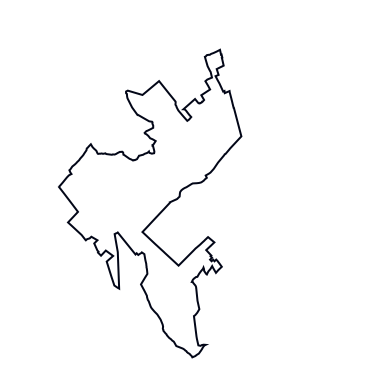 the district of Sacalum, Yucatán, Mexico, rotated 224°
{"feature_id": "50627088B66414175482528", "entity_name": "Sacalum", "entity_type": "district", "adm_level": 2, "iso_a3": "MEX", "parent_name": "Mexico", "parent_adm1": "Yucatán", "projection": "robinson", "projection_center": [-89.63, 20.506], "detail": "fine", "context": "isolated", "style": "outline", "palette": "ink", "viewbox_px": 384, "rotation_deg": 224, "n_neighbors": 0, "source": "geoboundaries", "source_scale": "gbopen_adm2", "svg_char_len": 5276}
<svg xmlns="http://www.w3.org/2000/svg" viewBox="0 0 384 384"><g transform="rotate(224 192 192)"><path d="M76.0,91.5L77.6,90.2L78.0,89.6L78.6,88.7L79.0,87.3L79.4,87.0L80.9,86.1L86.5,89.8L88.4,91.2L103.4,103.3L104.4,104.1L104.1,105.6L104.3,108.2L104.3,108.6L105.0,111.6L105.2,112.4L105.3,112.8L112.5,117.6L122.2,125.8L122.3,125.8L122.7,126.2L123.1,126.5L123.7,126.8L124.6,127.1L127.7,127.4L128.9,127.8L129.6,127.2L130.2,128.9L130.4,129.7L130.4,131.3L130.0,133.7L129.2,134.7L130.1,138.2L130.5,141.1L130.7,144.0L130.8,144.6L131.2,145.6L129.8,144.9L128.5,143.7L125.4,143.0L124.6,142.9L124.0,143.0L124.9,145.7L125.1,146.8L125.2,149.2L126.0,152.7L124.9,152.3L124.7,152.2L118.6,150.5L118.8,154.1L118.6,158.9L123.0,159.7L125.1,160.0L125.3,160.1L125.5,160.1L127.6,160.2L127.7,157.8L129.7,158.0L129.8,155.8L132.0,155.9L131.9,158.6L134.0,158.7L133.9,159.7L135.8,159.8L137.8,159.9L141.4,160.1L141.4,160.3L140.9,171.3L149.1,170.7L149.2,169.5L149.2,168.4L149.3,166.9L149.3,165.8L149.3,165.2L149.4,164.0L149.5,162.2L149.6,159.8L149.6,159.7L150.2,153.8L150.2,150.7L150.5,129.7L155.8,129.6L168.9,129.3L170.8,129.3L182.6,129.0L199.8,128.8L200.1,147.1L200.4,169.6L200.6,169.6L197.8,176.7L197.8,177.0L197.8,178.1L197.8,178.6L197.7,180.1L199.8,182.7L200.5,183.8L200.8,185.8L200.6,187.6L200.4,188.5L200.0,189.9L199.3,191.6L197.8,197.6L197.4,198.7L194.7,201.6L193.2,203.4L192.1,205.2L191.8,206.3L191.4,208.5L191.5,209.9L191.2,212.5L193.6,213.4L192.6,216.8L192.2,218.8L192.4,223.8L193.7,231.3L194.4,240.9L194.7,241.9L194.3,242.6L194.7,248.9L194.8,249.3L195.1,265.9L195.1,266.0L195.1,266.3L220.1,281.5L220.2,281.3L220.3,281.3L220.6,281.5L221.0,281.8L221.4,282.0L221.9,282.3L222.3,282.6L222.7,282.8L223.1,283.1L223.6,283.4L224.0,283.6L224.4,283.9L224.9,284.2L225.3,284.5L225.7,284.7L226.1,285.0L226.6,285.3L227.1,285.6L227.4,285.8L228.1,286.2L228.2,286.3L232.6,289.0L233.8,289.7L235.1,290.7L237.1,285.9L238.8,287.2L239.3,285.9L247.5,289.1L251.4,290.3L255.5,291.7L254.2,294.7L259.6,297.6L257.0,304.9L262.2,308.3L263.7,309.2L263.5,309.7L266.2,311.4L266.4,310.9L270.6,313.7L271.7,310.4L273.1,306.8L274.2,304.6L274.5,303.0L275.2,302.4L275.6,301.8L276.2,301.1L276.4,300.5L276.3,300.0L276.3,299.0L276.6,298.2L274.4,296.9L268.1,293.3L263.2,291.6L262.2,291.4L261.8,291.2L257.1,288.2L259.1,283.5L259.3,281.0L254.2,279.6L250.2,278.3L252.5,268.1L247.2,266.6L247.1,264.5L247.2,263.5L247.4,263.5L247.3,262.9L247.7,261.8L247.9,261.7L247.8,261.4L248.3,260.7L249.4,260.4L254.4,261.0L255.6,245.6L254.8,246.3L252.9,246.4L250.4,246.0L247.7,245.6L244.6,245.4L244.4,242.1L244.8,239.9L250.9,240.4L258.1,241.1L258.4,241.2L259.0,241.3L261.9,242.3L262.9,242.9L264.5,243.3L266.3,245.4L266.7,245.6L274.9,246.6L275.0,246.6L292.7,248.9L295.0,227.4L308.6,220.3L309.2,218.5L308.1,217.3L307.3,217.2L306.9,217.3L305.0,215.6L303.5,214.6L293.8,211.2L285.0,209.6L285.0,209.8L280.3,211.0L280.2,211.0L271.9,213.1L269.5,214.8L268.8,214.7L268.0,213.7L266.0,212.8L264.5,211.2L265.1,209.3L266.6,205.1L267.1,204.2L267.1,203.4L267.1,201.6L266.3,201.4L264.8,201.9L262.3,202.0L259.4,201.6L257.4,202.4L256.1,202.8L253.9,203.3L253.5,203.4L252.7,199.2L253.1,198.4L252.4,197.7L252.0,197.9L251.8,197.9L248.4,195.8L247.0,194.8L246.2,193.6L247.5,191.7L249.6,190.7L249.8,190.7L250.5,190.8L251.1,191.2L251.2,189.4L252.0,187.7L252.5,186.8L252.8,185.8L252.9,185.1L254.9,181.8L255.3,181.3L255.0,180.2L254.7,178.7L254.5,178.2L254.4,177.4L255.3,175.1L255.6,175.0L256.0,174.7L256.3,173.7L258.1,173.3L260.0,172.5L266.5,171.5L267.2,171.2L269.0,172.6L270.3,172.4L270.7,171.7L271.7,170.8L271.9,170.3L272.7,168.0L272.9,167.0L273.6,165.3L274.5,164.5L275.1,164.0L275.4,163.2L280.1,159.7L281.1,159.7L282.4,157.8L282.9,157.4L283.4,157.2L283.9,156.8L284.4,156.0L284.9,155.6L285.3,155.1L285.7,154.5L286.0,154.2L286.6,154.1L287.7,154.5L289.4,155.2L291.1,155.2L292.1,155.1L294.7,155.2L297.9,156.1L297.9,152.9L297.8,151.7L297.9,150.2L296.9,148.7L296.2,144.6L295.9,143.4L295.7,141.3L295.7,140.2L295.6,138.2L295.3,136.6L295.3,135.4L295.4,133.9L295.3,132.5L295.4,130.3L295.8,127.2L295.2,123.7L295.3,122.5L292.9,121.5L291.2,121.2L292.1,118.5L292.1,115.8L291.8,112.1L291.5,108.7L291.3,105.0L291.3,104.1L290.9,103.6L291.0,103.2L282.7,102.0L272.2,100.4L260.2,98.5L260.0,84.0L241.5,84.4L235.2,83.5L234.8,83.5L234.7,85.2L233.4,87.5L233.3,89.9L226.5,91.6L226.6,87.1L219.4,84.2L217.7,84.1L217.5,83.1L216.6,83.1L213.2,83.0L213.3,90.0L204.3,91.2L205.0,82.7L191.1,75.1L182.9,70.8L178.8,71.5L177.3,71.9L203.6,97.2L218.4,108.0L217.8,109.7L217.2,110.8L217.2,111.3L189.2,107.8L189.2,109.5L186.9,109.4L186.4,111.9L186.0,113.0L186.1,113.7L183.1,114.2L178.2,110.6L175.1,108.6L173.6,107.3L172.9,106.8L172.5,106.3L171.4,105.6L170.0,104.5L167.2,102.1L166.3,97.8L165.5,94.4L164.5,90.1L157.1,87.7L152.3,86.0L151.4,85.2L148.8,83.7L147.1,83.3L142.0,80.8L140.2,80.3L135.9,79.9L131.9,79.8L125.9,78.4L121.4,76.4L121.1,76.3L119.6,75.3L119.4,75.2L119.0,74.6L118.8,74.5L118.2,73.6L117.7,73.2L116.9,73.0L116.2,72.3L112.8,71.9L111.4,71.9L110.6,71.5L107.1,71.2L104.7,71.5L103.0,71.4L101.2,71.7L100.3,71.5L96.3,70.3L89.8,73.0L87.8,73.4L86.8,73.3L85.5,73.6L84.4,73.3L84.0,73.4L83.1,73.4L82.0,73.7L81.6,73.8L80.9,73.9L80.4,73.8L79.7,73.7L78.5,73.8L76.9,73.3L75.6,76.4L75.5,77.8L74.8,80.6L75.1,82.4L75.3,84.0L75.8,86.5L76.2,87.7L76.4,89.3L76.4,90.4L76.0,91.5Z" fill="none" stroke="#020617" stroke-width="2"/></g></svg>